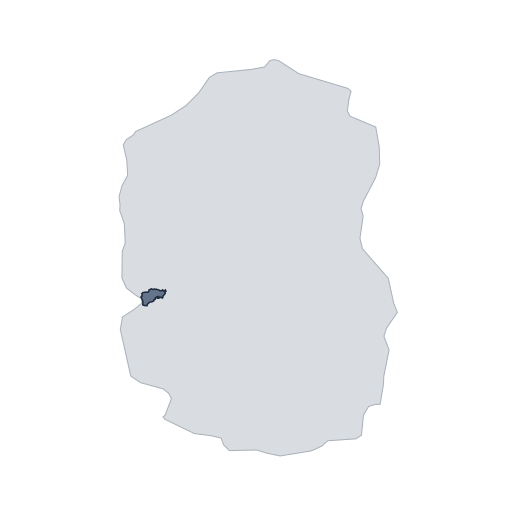 Gjorche Petrov, Gjorče Petrov, North Macedonia (highlighted), rotated 283°
{"feature_id": "65306769B13037945767817", "entity_name": "Gjorche Petrov", "entity_type": "district", "adm_level": 2, "iso_a3": "MKD", "parent_name": "North Macedonia", "parent_adm1": "Gjorče Petrov", "projection": "mercator", "projection_center": [21.316, 42.053], "detail": "fine", "context": "in_parent", "style": "filled", "palette": "slate", "viewbox_px": 512, "rotation_deg": 283, "n_neighbors": 0, "source": "geoboundaries", "source_scale": "gbopen_adm2", "svg_char_len": 1946}
<svg xmlns="http://www.w3.org/2000/svg" viewBox="0 0 512 512"><g transform="rotate(283 256 256)"><path d="M230.8,124.6L239.3,125.7L257.9,120.4L269.4,113.1L275.3,112.0L283.1,109.2L294.3,109.6L305.7,112.8L320.2,108.6L334.4,101.7L340.1,103.4L346.3,109.2L350.4,110.9L374.0,141.6L386.9,154.0L402.1,163.5L419.5,170.4L425.8,177.0L436.8,209.5L442.1,221.9L449.5,225.5L451.3,229.1L451.6,233.8L443.3,256.6L440.0,307.5L437.9,311.6L429.2,311.3L417.7,312.4L413.3,316.4L408.6,343.7L390.1,351.5L373.2,355.9L359.1,354.9L334.1,348.4L326.0,347.7L319.0,351.4L296.7,353.3L287.0,358.1L264.0,389.9L240.8,400.9L232.8,406.4L215.1,399.4L206.6,398.7L194.3,406.8L167.3,407.6L160.1,409.0L139.3,410.3L138.4,405.9L134.6,399.5L124.9,396.5L105.1,399.1L100.3,394.4L92.1,367.4L85.8,363.1L78.7,354.0L66.6,324.5L66.3,311.6L67.1,300.3L60.4,273.8L64.5,267.1L70.8,262.9L70.8,252.2L69.1,235.9L76.4,203.9L78.4,201.6L80.3,203.2L98.1,205.7L102.7,201.6L105.6,195.3L106.6,171.9L110.8,161.0L153.9,140.3L166.6,139.6L176.3,149.1L184.0,155.1L188.6,155.0L190.3,148.8L195.5,137.1L204.4,130.3L230.6,124.6L230.8,124.6Z" fill="#d9dde1" stroke="#a8b0b8" stroke-width="1"/><path d="M201.2,166.3L200.8,165.1L201.1,164.6L200.2,163.2L200.5,161.4L198.8,159.4L197.0,159.4L196.1,158.1L196.1,156.8L194.9,154.0L193.5,153.2L193.0,153.6L191.6,153.9L191.2,154.0L191.0,153.7L190.9,153.6L190.7,153.3L189.6,153.4L188.9,154.2L188.0,154.8L186.8,155.5L186.7,155.7L186.5,155.9L185.8,156.1L185.4,156.2L183.9,156.5L183.1,156.6L182.8,156.9L182.6,158.9L183.3,160.3L183.0,160.9L185.1,161.3L186.5,162.4L187.4,163.3L187.9,164.9L189.4,166.6L190.3,166.4L191.3,167.6L192.7,167.3L193.4,168.5L194.2,168.8L194.4,169.7L194.1,169.4L193.8,169.9L193.1,169.2L192.7,169.3L193.0,170.8L194.4,172.6L194.5,173.5L193.9,174.1L194.8,174.6L196.1,174.4L199.0,176.0L200.2,175.4L201.1,176.0L201.4,176.2L202.5,175.4L201.0,174.2L202.0,172.7L201.4,172.3L200.4,170.4L201.0,169.4L201.2,166.3Z" fill="#64748b" stroke="#1e293b" stroke-width="1.5"/></g></svg>